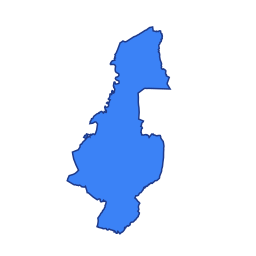 Apulco, Zacatecas, Mexico (Equal Earth projection), rotated 198°
{"feature_id": "50627088B1101262479506", "entity_name": "Apulco", "entity_type": "district", "adm_level": 2, "iso_a3": "MEX", "parent_name": "Mexico", "parent_adm1": "Zacatecas", "projection": "equal_earth", "projection_center": [-102.688, 21.456], "detail": "fine", "context": "isolated", "style": "filled", "palette": "blue", "viewbox_px": 256, "rotation_deg": 198, "n_neighbors": 0, "source": "geoboundaries", "source_scale": "gbopen_adm2", "svg_char_len": 5855}
<svg xmlns="http://www.w3.org/2000/svg" viewBox="0 0 256 256"><g transform="rotate(198 128 128)"><path d="M135.8,231.7L138.5,230.2L140.3,227.7L140.5,227.1L141.8,226.2L144.8,222.5L145.8,221.5L146.1,220.8L147.5,219.5L148.8,218.0L150.7,216.5L156.0,210.0L156.8,209.3L158.0,209.0L159.7,209.2L161.1,207.2L161.7,206.8L161.8,206.4L162.1,198.9L162.3,197.3L162.3,196.1L163.1,193.7L162.4,193.2L162.5,191.1L161.7,190.7L162.4,189.7L161.5,188.4L163.3,187.3L163.9,186.7L164.5,185.0L164.5,184.4L164.6,183.8L164.6,183.6L164.1,183.7L163.9,183.1L161.1,184.1L160.5,184.0L159.5,183.6L158.9,182.9L158.4,180.1L157.9,178.8L157.3,177.8L156.3,177.2L153.6,176.7L153.0,175.6L152.9,175.0L153.4,173.9L153.7,173.4L155.1,172.6L155.3,171.9L155.3,171.1L154.8,170.6L153.9,170.1L152.8,170.0L151.9,170.0L151.1,169.8L150.4,168.1L150.6,167.6L151.3,167.0L152.9,166.1L153.5,166.0L154.6,167.6L155.3,167.5L155.4,167.0L154.9,163.4L154.6,163.3L154.1,162.9L154.1,162.2L153.9,161.9L153.1,161.6L152.8,161.2L152.4,160.3L152.4,158.6L152.0,158.1L152.3,157.0L152.7,156.6L153.0,156.6L153.4,157.5L153.3,158.0L154.2,158.7L154.6,158.7L154.8,157.8L154.2,156.2L153.9,154.8L154.2,154.6L154.7,154.6L155.0,155.1L155.5,154.9L155.6,154.5L155.2,153.2L155.0,151.6L155.3,150.3L155.7,149.5L155.4,149.2L153.7,149.3L154.0,148.1L154.1,146.4L153.9,146.2L154.1,145.7L154.3,145.6L155.6,146.1L156.1,145.1L155.2,144.7L154.5,145.0L154.1,145.0L153.5,143.9L153.3,143.0L153.5,142.2L154.5,141.0L155.7,141.2L156.4,141.6L156.6,140.6L155.0,138.1L154.6,137.8L154.2,138.1L153.9,137.7L153.5,136.4L153.7,136.0L155.7,136.3L155.9,134.7L156.3,134.7L158.0,135.6L158.5,135.5L160.4,133.6L160.1,133.1L161.8,132.0L164.1,128.6L164.5,125.9L165.5,125.6L165.5,124.0L165.5,123.5L165.8,123.0L165.9,122.0L165.6,121.7L165.6,120.4L163.0,121.7L161.3,123.6L160.5,123.8L159.6,123.4L158.2,122.4L157.2,116.5L157.2,113.7L157.4,112.0L157.6,111.5L158.8,111.7L159.6,111.5L160.1,110.6L160.3,110.4L161.2,110.6L161.6,110.4L161.9,110.0L161.9,109.6L161.7,109.3L161.4,109.2L162.0,108.5L161.8,108.1L162.0,108.2L164.1,105.8L164.4,106.3L164.0,109.0L163.6,109.6L164.9,109.5L165.4,109.7L165.6,109.5L166.1,107.5L166.8,107.5L167.2,105.4L165.9,105.3L164.6,104.5L165.0,103.5L165.3,103.2L165.3,102.9L166.5,100.9L167.2,98.2L167.6,98.2L168.2,97.2L168.3,97.0L167.9,95.6L167.8,94.8L168.6,91.9L173.4,87.9L172.4,85.9L170.1,81.8L166.1,76.9L162.0,72.6L163.2,70.1L164.2,68.5L165.7,67.0L169.2,64.5L169.6,60.9L169.4,59.6L169.5,59.1L162.1,57.4L161.0,57.5L160.5,57.9L159.5,57.7L157.9,58.0L157.3,57.9L156.6,58.6L156.1,58.7L154.7,58.3L154.3,57.9L153.3,57.8L153.0,58.1L151.4,58.2L150.5,59.4L148.1,56.1L146.8,53.9L145.7,54.1L139.8,51.6L135.3,50.3L134.9,50.3L134.3,51.1L133.3,51.7L132.3,51.5L132.0,50.3L131.5,49.8L130.8,49.4L129.6,50.2L128.9,51.9L128.4,51.5L128.2,50.8L126.7,51.4L126.2,51.1L125.8,50.4L125.7,49.4L125.7,47.9L125.9,47.4L125.4,45.7L125.7,44.8L125.7,43.6L126.1,42.6L126.3,41.7L126.5,41.7L126.6,41.3L126.6,40.1L127.5,38.2L127.5,37.7L127.7,36.6L128.5,33.9L128.8,33.3L128.6,32.4L128.3,32.1L127.7,30.7L127.4,29.5L127.1,27.7L126.9,26.1L127.0,26.0L127.0,24.6L126.7,24.6L126.4,24.9L126.1,24.9L126.0,24.5L125.3,24.4L122.0,24.7L121.4,24.6L121.1,24.8L120.5,24.5L117.9,25.6L117.5,25.5L117.0,24.9L116.2,24.7L115.5,24.9L115.1,25.4L115.0,25.8L114.4,26.1L113.0,25.8L112.5,26.0L112.2,25.9L111.4,26.0L111.0,25.8L109.8,26.1L109.0,25.9L109.2,25.4L109.2,24.9L108.8,24.9L108.4,25.6L107.7,25.3L106.9,24.4L106.6,24.3L105.9,24.5L105.6,25.0L105.8,26.6L105.6,26.6L104.4,25.7L103.0,24.9L101.9,26.8L101.3,27.2L100.7,28.2L99.9,30.4L99.9,30.9L100.4,31.7L100.4,32.4L100.3,32.5L99.4,32.3L99.1,33.8L98.6,34.1L98.4,34.8L98.0,35.1L97.2,34.9L96.6,36.0L96.3,36.2L96.1,36.6L96.1,36.9L96.5,37.5L96.3,38.5L95.8,39.4L94.1,40.2L93.4,41.4L93.2,42.1L92.8,42.9L92.4,43.0L92.0,44.7L90.9,47.0L91.1,48.1L90.8,49.2L90.9,50.7L92.9,52.0L92.6,52.7L92.5,53.9L93.7,56.0L93.9,56.9L94.0,58.5L93.7,59.3L93.6,60.1L94.7,60.8L96.3,61.5L98.2,63.0L99.0,63.1L99.9,63.6L99.6,65.0L99.6,66.0L98.4,66.4L97.6,67.0L97.3,67.5L97.0,69.3L96.8,69.7L95.7,70.7L95.1,72.4L94.9,73.5L94.5,73.8L94.6,74.7L94.4,75.1L94.5,76.1L93.8,76.0L93.4,76.4L93.7,76.9L93.3,77.0L93.3,77.4L93.0,77.5L92.8,78.2L92.7,78.4L92.1,78.3L91.5,78.8L91.1,80.4L90.8,80.8L90.5,80.6L90.2,81.0L89.4,82.6L89.0,82.6L88.8,82.9L88.5,82.7L88.1,82.7L87.8,82.9L87.4,84.0L87.1,84.1L85.9,86.3L85.0,86.6L84.3,87.0L82.7,89.7L82.6,90.3L83.0,91.7L83.0,92.2L82.7,96.8L82.8,97.7L83.2,99.1L83.3,101.9L84.2,106.1L85.1,110.9L86.7,116.0L87.4,118.7L87.8,119.6L88.2,121.8L89.5,124.5L90.4,126.1L92.5,127.6L93.8,128.7L94.1,129.6L95.0,130.8L96.0,130.6L97.4,130.0L97.9,129.5L99.2,129.4L100.6,129.6L101.4,129.3L102.4,130.1L102.9,129.4L103.6,129.5L105.0,125.6L106.0,126.9L107.4,127.4L107.7,127.1L108.3,127.4L109.4,127.1L111.4,125.9L111.8,126.0L112.8,125.7L113.9,127.6L114.3,127.7L114.5,128.0L114.4,128.3L114.8,130.6L114.8,131.5L114.4,132.0L114.3,132.4L115.1,133.2L115.6,133.5L116.3,133.5L116.1,135.3L116.4,135.8L116.4,136.8L115.5,138.7L115.5,139.4L120.6,139.8L122.2,146.3L123.9,150.7L125.0,152.9L126.2,155.8L127.6,160.4L129.2,164.3L129.0,164.6L125.0,170.3L124.1,171.0L122.4,171.4L120.6,172.1L100.0,178.1L104.3,181.9L104.6,182.9L104.4,188.9L107.7,189.5L108.0,190.6L108.8,191.0L109.2,191.7L109.6,193.7L109.8,194.2L110.2,194.5L112.4,195.2L112.8,195.1L112.9,194.6L113.6,194.5L114.5,195.0L115.0,195.7L114.9,196.6L115.7,197.6L115.7,198.7L116.1,199.2L116.0,199.6L116.4,200.2L118.5,202.8L120.0,205.6L120.5,207.6L121.0,208.1L121.1,208.8L121.6,209.3L122.3,209.5L122.5,209.9L122.2,209.9L122.5,211.5L123.4,212.1L122.9,213.4L124.2,215.8L124.3,216.3L124.2,216.9L123.8,217.8L123.8,218.9L124.0,219.0L124.0,219.3L123.2,220.4L123.3,221.7L123.9,222.6L123.1,223.3L123.1,223.6L123.4,224.5L123.7,224.8L123.7,225.9L124.0,226.1L124.1,226.9L124.7,227.1L124.9,228.0L125.3,228.0L126.2,228.7L127.0,230.3L127.7,230.3L128.3,230.1L129.1,229.0L130.8,228.9L130.9,228.4L134.1,228.2L135.8,231.7Z" fill="#3b82f6" stroke="#1e3a8a" stroke-width="1.5"/></g></svg>